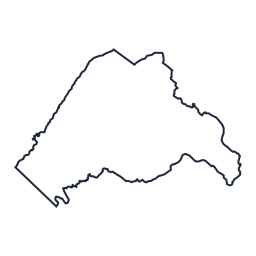 Tuolumne, California, United States of America (Albers equal-area conic projection)
{"feature_id": "52423323B26881284907235", "entity_name": "Tuolumne", "entity_type": "district", "adm_level": 2, "iso_a3": "USA", "parent_name": "United States of America", "parent_adm1": "California", "projection": "albers", "projection_center": [-120.026, 38.034], "detail": "fine", "context": "isolated", "style": "outline", "palette": "slate", "viewbox_px": 256, "rotation_deg": 0, "n_neighbors": 0, "source": "geoboundaries", "source_scale": "gbopen_adm2", "svg_char_len": 5444}
<svg xmlns="http://www.w3.org/2000/svg" viewBox="0 0 256 256"><path d="M113.6,49.5L113.0,50.1L111.4,51.3L110.1,51.6L108.7,52.3L107.0,52.9L105.9,53.5L105.1,53.8L104.2,54.1L103.3,55.2L101.9,55.5L100.1,55.8L99.0,56.0L97.4,56.6L95.6,57.3L94.5,57.6L93.2,58.5L91.8,59.8L90.3,60.9L89.4,61.5L88.4,63.5L88.2,64.1L87.5,64.5L87.4,65.4L86.4,67.2L85.7,68.7L84.5,70.5L83.1,71.6L82.0,72.3L81.3,73.2L80.5,74.7L80.1,76.0L78.8,77.4L77.1,78.5L76.2,80.4L74.7,82.1L74.5,83.7L72.8,85.2L71.9,86.9L71.6,88.8L69.1,91.0L67.7,93.6L66.4,95.7L65.5,96.8L64.8,97.9L64.6,99.1L64.0,100.3L62.4,101.6L61.4,103.5L59.9,104.6L59.1,105.8L58.7,106.7L59.1,106.8L59.0,107.8L58.2,108.1L57.6,109.5L56.4,112.3L54.0,113.8L53.2,116.3L52.6,118.4L51.1,119.5L50.3,120.1L50.0,121.7L49.3,122.7L48.5,122.7L48.1,123.8L48.0,124.5L46.5,126.3L46.0,127.9L44.8,130.4L44.8,131.8L43.6,132.3L41.8,132.1L40.5,132.3L39.3,133.0L39.2,135.5L38.7,136.1L37.7,136.0L37.5,135.7L37.3,135.0L37.5,135.0L37.9,134.5L37.6,134.0L36.7,133.7L36.3,134.2L35.9,135.4L35.0,135.8L34.2,136.0L34.3,136.8L34.9,137.4L34.4,138.2L33.7,138.3L32.8,138.8L33.1,139.5L33.5,139.4L34.0,139.3L34.8,139.2L34.9,139.9L36.2,141.1L37.0,142.1L36.4,144.0L34.9,144.9L33.9,145.2L33.6,145.9L33.3,146.6L33.1,147.5L33.5,148.3L33.2,149.1L32.9,149.6L32.3,150.1L32.0,149.9L31.2,149.9L30.5,150.9L29.5,151.5L29.4,152.8L29.0,153.7L28.6,154.5L27.6,155.1L26.6,154.8L25.5,155.3L24.2,156.3L24.2,157.2L23.5,158.1L23.0,158.6L22.9,158.9L23.0,159.1L22.5,159.3L21.7,159.6L20.0,160.5L18.7,161.6L18.1,162.6L17.8,163.7L17.1,164.6L16.8,165.7L15.5,167.0L15.4,167.3L56.4,206.5L56.6,206.3L57.0,205.5L57.3,204.9L57.9,203.9L58.2,203.2L57.7,201.9L56.8,201.5L56.1,200.4L55.4,199.6L55.4,198.3L55.7,197.4L55.8,197.0L56.3,196.6L57.1,196.9L57.8,197.1L59.5,197.3L60.4,198.4L61.4,198.3L62.4,198.9L63.0,199.8L63.8,201.1L64.7,202.0L65.1,202.8L65.6,203.3L66.8,203.2L67.8,202.7L68.2,201.3L68.8,200.5L68.5,198.9L67.3,197.1L66.5,195.7L65.4,193.9L65.1,192.8L64.6,192.0L64.1,191.4L63.9,190.8L63.8,190.1L63.7,189.8L63.5,189.2L63.2,188.9L63.1,188.4L63.5,188.2L64.0,188.2L64.4,188.3L64.9,187.9L65.6,187.9L66.3,188.3L67.1,187.7L67.7,186.8L69.1,186.6L70.6,186.9L71.6,187.4L71.9,187.5L72.4,187.0L72.4,186.3L72.4,185.3L72.7,185.0L73.5,185.5L74.3,186.1L75.7,186.5L76.3,186.9L76.5,186.5L76.2,186.2L76.1,185.4L77.0,184.0L78.3,183.7L78.8,183.5L79.2,183.2L79.5,182.7L79.3,182.0L79.5,181.4L79.5,181.0L79.9,180.8L80.1,181.0L81.0,181.2L81.3,181.5L81.6,181.5L81.7,181.4L82.0,181.2L82.3,181.2L83.0,181.0L83.6,180.7L84.0,180.9L84.2,181.1L84.8,181.1L85.6,181.0L85.9,180.5L85.9,180.1L86.3,179.9L86.7,179.9L86.9,180.2L87.4,180.1L87.6,179.7L87.9,179.1L88.0,178.6L87.8,178.3L87.6,177.7L87.9,177.5L88.1,177.3L88.4,177.0L88.5,176.3L88.6,176.0L88.4,175.7L88.3,175.3L88.3,174.9L88.6,174.8L89.2,174.8L89.2,174.5L89.4,174.2L89.8,174.2L89.8,174.4L89.8,174.6L89.9,174.9L90.1,175.0L90.4,175.3L90.7,175.8L91.2,176.1L91.6,176.4L92.0,176.3L92.4,176.3L92.8,176.2L93.3,176.4L93.7,176.5L93.9,176.7L94.3,177.0L94.6,177.2L95.3,177.3L95.8,177.4L96.3,177.5L97.0,177.5L97.2,177.2L98.0,176.7L98.3,175.9L99.0,175.1L99.5,174.9L100.2,174.2L100.9,173.5L101.2,173.2L101.7,172.4L102.3,171.9L102.8,171.4L102.6,170.5L102.7,169.9L102.8,169.4L103.2,169.4L103.5,168.6L104.0,168.4L105.3,168.6L106.1,169.0L106.7,169.3L106.9,169.1L107.2,168.9L107.5,169.0L107.8,169.8L108.1,170.7L108.5,171.4L109.2,171.6L110.5,171.8L111.4,172.1L112.8,171.7L114.2,172.8L115.5,173.5L116.7,174.4L120.4,176.5L123.4,178.9L126.2,181.2L127.5,181.0L128.2,180.9L129.4,181.3L130.2,181.6L131.8,182.2L132.8,181.5L133.7,181.5L135.9,181.0L136.4,179.9L137.2,179.3L137.9,179.9L138.4,180.9L139.3,181.5L140.6,181.2L141.2,180.5L142.2,179.9L143.4,180.6L144.4,181.7L145.9,182.3L146.9,182.2L147.1,181.8L148.5,181.2L150.8,181.0L152.0,180.4L152.9,179.6L153.9,179.3L155.6,178.6L158.3,176.3L164.3,174.4L170.8,169.9L170.6,166.2L172.8,164.2L174.6,164.3L175.9,163.3L177.9,162.5L179.7,160.9L181.0,159.0L182.6,155.0L185.3,153.9L189.4,155.5L193.1,159.1L195.4,161.3L198.7,161.5L202.6,160.0L205.1,160.6L206.0,161.3L208.7,163.7L211.4,166.2L212.7,165.8L213.2,165.8L213.7,166.2L214.9,167.5L217.8,171.8L221.3,173.8L223.7,175.4L223.7,177.7L223.9,177.8L226.3,179.8L227.1,184.3L230.2,185.4L231.0,185.1L232.1,184.3L232.4,183.4L232.3,182.7L232.5,181.8L233.1,181.7L234.0,179.7L236.1,178.1L237.7,177.0L240.2,174.6L240.1,171.6L238.9,170.4L238.8,168.3L239.8,166.3L240.1,165.1L240.6,164.9L240.3,164.0L239.4,164.2L238.3,162.8L238.5,161.0L239.6,157.0L239.9,155.9L239.4,155.7L239.0,154.9L238.5,153.9L236.9,153.1L234.5,151.5L232.7,151.7L230.5,150.0L227.7,147.2L224.6,145.0L223.2,143.7L221.6,140.3L222.2,137.1L223.4,133.8L223.6,132.8L223.7,128.2L222.3,124.8L219.6,121.4L216.5,117.7L213.1,116.0L210.9,114.9L208.7,113.4L205.8,113.3L205.2,112.3L203.6,113.2L203.0,114.0L202.0,115.3L201.5,114.9L199.7,113.6L198.2,111.6L198.4,110.3L197.3,108.8L195.6,107.4L194.3,105.1L194.4,104.2L193.1,103.8L192.7,104.6L192.9,105.8L192.9,107.1L191.8,107.5L189.3,106.3L187.5,106.1L186.4,105.4L185.5,104.2L183.8,104.0L181.9,102.7L181.6,100.4L181.1,99.0L179.6,98.2L178.6,98.8L175.0,96.8L173.8,95.8L173.8,94.4L174.5,93.7L174.3,92.5L174.4,91.9L174.3,91.4L174.7,90.2L175.9,89.0L177.5,88.0L176.4,87.0L175.6,85.7L175.4,84.3L175.8,83.9L176.0,83.0L175.2,82.5L173.5,81.3L172.0,79.9L170.9,79.0L170.7,77.8L171.6,77.2L171.5,74.9L171.7,72.5L171.7,70.9L172.2,70.4L167.5,66.2L162.8,62.9L163.8,60.2L163.0,54.1L162.0,52.9L154.6,52.8L151.9,54.8L147.1,55.8L145.1,58.5L141.6,59.5L136.7,62.5L134.4,64.7L113.6,49.5Z" fill="none" stroke="#1e293b" stroke-width="2"/></svg>